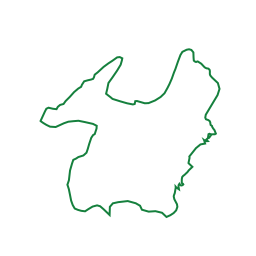 the border of Banja Luka, rotated 106°
{"feature_id": "BIH-4802", "entity_name": "Banja Luka", "entity_type": "state/province", "adm_level": 1, "iso_a3": "BIH", "parent_name": "Bosnia and Herzegovina", "parent_adm1": "", "projection": "natural_earth1", "projection_center": [17.075, 44.676], "detail": "fine", "context": "isolated", "style": "outline", "palette": "green", "viewbox_px": 256, "rotation_deg": 106, "n_neighbors": 0, "source": "natural_earth", "source_scale": "10m", "svg_char_len": 2497}
<svg xmlns="http://www.w3.org/2000/svg" viewBox="0 0 256 256"><g transform="rotate(106 128 128)"><path d="M109.2,42.0L110.1,42.8L111.0,45.8L111.2,46.9L111.1,48.1L111.8,48.9L114.1,48.6L113.8,47.7L113.3,46.7L115.0,47.3L116.3,48.8L117.5,49.5L118.6,47.7L119.0,48.8L119.2,49.6L119.0,50.5L118.6,51.6L119.2,51.1L121.0,50.1L121.7,49.6L123.8,53.8L128.6,57.1L131.5,58.3L138.5,61.2L139.7,60.6L145.0,60.2L145.4,59.6L147.6,55.4L151.9,57.9L154.0,58.7L157.7,60.9L158.7,61.7L160.2,62.4L162.3,62.2L166.0,61.2L166.2,60.7L166.5,59.8L167.0,59.3L167.9,59.8L168.5,60.7L168.6,61.5L168.3,62.3L167.5,63.2L168.9,63.6L170.2,63.4L172.9,62.1L171.9,65.1L171.3,66.0L172.1,65.7L177.7,65.1L180.2,65.3L181.4,65.1L183.7,63.8L187.8,59.9L190.2,58.8L193.9,59.0L197.2,60.7L200.2,63.3L202.9,66.5L200.1,71.9L200.4,78.7L202.7,85.1L202.7,92.1L199.4,95.0L198.2,99.8L198.3,108.1L202.0,117.0L204.6,121.8L208.8,123.7L216.7,121.7L212.8,129.1L210.9,133.2L210.9,136.4L213.3,140.4L217.1,143.9L219.9,146.3L220.5,150.1L220.5,153.6L220.1,157.0L217.3,159.9L213.4,162.7L208.7,165.1L203.1,168.0L199.5,170.4L199.3,170.6L194.5,170.4L184.8,172.0L177.7,172.0L173.7,171.8L171.8,169.6L169.6,167.7L166.7,163.3L163.2,161.1L159.2,160.9L153.9,160.9L147.5,160.6L144.4,159.6L143.0,158.3L137.2,158.1L134.5,158.7L133.7,162.8L134.2,171.3L134.7,177.6L136.5,182.4L138.4,187.1L141.1,190.9L147.0,197.8L148.2,203.3L147.5,207.3L146.6,210.6L145.5,213.9L145.4,214.0L135.0,212.4L132.0,211.8L130.4,210.0L130.2,205.5L129.6,201.9L127.0,201.3L124.5,199.6L122.7,196.6L119.3,195.4L114.1,192.5L108.3,189.7L103.8,186.7L101.3,184.4L99.2,184.2L95.2,183.0L93.1,179.6L91.7,177.0L90.4,175.1L88.6,174.7L85.9,174.7L82.9,172.5L76.0,168.3L71.2,164.6L68.0,161.8L64.6,159.1L63.1,157.9L62.1,155.5L62.6,152.7L64.8,152.5L69.2,152.5L75.9,154.3L83.7,156.9L90.1,159.2L96.3,158.7L101.1,158.5L102.1,156.1L103.2,153.3L104.3,150.9L104.5,142.8L104.5,135.7L104.0,129.8L103.1,128.2L100.2,128.4L99.6,126.8L99.6,124.4L99.6,118.7L98.4,115.1L94.1,109.6L89.2,105.2L84.6,102.5L78.7,101.1L74.5,100.3L68.5,99.5L61.9,99.1L58.4,98.7L50.6,98.3L43.3,97.7L39.8,96.7L36.6,93.2L35.5,91.0L35.5,88.6L37.3,86.0L42.5,84.3L45.1,83.3L45.7,81.9L45.8,80.8L45.1,79.9L44.8,79.3L46.0,75.3L48.3,71.5L48.8,70.3L49.0,68.7L48.8,67.7L48.8,67.0L49.6,65.6L50.7,65.0L53.6,64.2L54.8,63.4L56.3,61.2L60.0,54.0L65.2,50.8L71.7,51.0L93.8,56.9L96.7,56.6L98.1,55.5L98.2,54.4L98.2,53.2L98.8,51.5L99.9,50.5L101.2,50.0L102.3,49.4L102.9,47.8L103.8,47.3L104.9,46.1L105.8,44.9L106.2,44.3L109.2,42.0Z" fill="none" stroke="#15803d" stroke-width="2"/></g></svg>